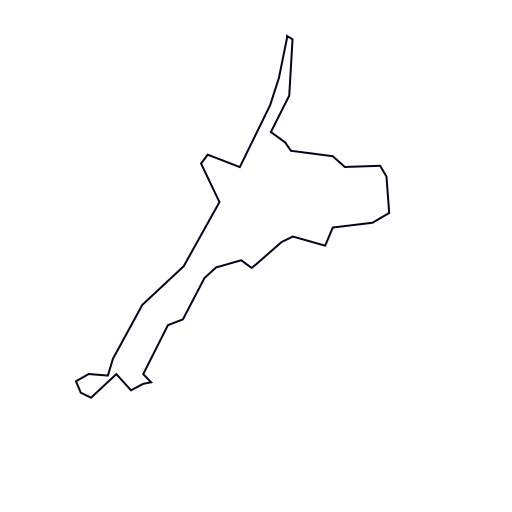 Hagåtña, Guam (Mercator projection), rotated 300°
{"feature_id": "77769853B92026365900832", "entity_name": "Hagåtña", "entity_type": "district", "adm_level": 2, "iso_a3": "GUM", "parent_name": "Guam", "parent_adm1": "", "projection": "mercator", "projection_center": [144.749, 13.472], "detail": "fine", "context": "isolated", "style": "outline", "palette": "ink", "viewbox_px": 512, "rotation_deg": 300, "n_neighbors": 0, "source": "geoboundaries", "source_scale": "gbopen_adm2", "svg_char_len": 707}
<svg xmlns="http://www.w3.org/2000/svg" viewBox="0 0 512 512"><g transform="rotate(300 256 256)"><path d="M462.0,172.9L460.5,173.8L421.7,186.8L393.8,192.8L327.0,197.4L324.9,197.5L319.6,163.5L308.6,162.2L284.4,197.4L211.0,198.5L156.9,182.0L95.4,183.5L78.4,187.5L70.1,170.1L57.5,162.7L50.0,172.6L50.8,184.0L83.9,194.1L77.2,214.9L88.9,222.2L94.2,228.3L97.3,217.4L152.1,214.3L164.6,224.4L211.1,222.4L226.1,227.1L244.9,245.3L243.5,258.2L248.1,260.0L281.0,271.2L291.3,278.2L299.5,310.7L319.1,308.3L343.1,340.3L359.9,349.8L390.0,329.3L396.2,318.4L377.5,288.4L380.8,272.6L364.6,233.7L368.1,226.2L368.9,224.9L370.8,206.9L411.5,204.6L461.9,179.3L462.0,172.9Z" fill="none" stroke="#020617" stroke-width="2"/></g></svg>